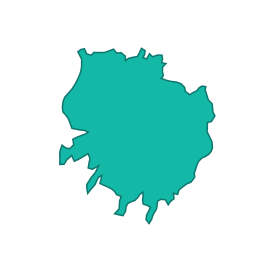 Boa Esperança do Iguaçu, Paraná, Brazil (Albers equal-area conic projection), rotated 302°
{"feature_id": "56859067B49303915936139", "entity_name": "Boa Esperança do Iguaçu", "entity_type": "district", "adm_level": 2, "iso_a3": "BRA", "parent_name": "Brazil", "parent_adm1": "Paraná", "projection": "albers", "projection_center": [-53.234, -25.634], "detail": "fine", "context": "isolated", "style": "filled", "palette": "teal", "viewbox_px": 256, "rotation_deg": 302, "n_neighbors": 0, "source": "geoboundaries", "source_scale": "gbopen_adm2", "svg_char_len": 1993}
<svg xmlns="http://www.w3.org/2000/svg" viewBox="0 0 256 256"><g transform="rotate(302 128 128)"><path d="M192.5,154.4L193.6,149.6L192.6,144.7L190.1,139.3L188.7,135.1L187.8,129.8L191.0,130.3L194.1,127.3L198.1,125.0L202.7,126.0L201.2,121.9L204.5,120.9L207.8,118.2L205.4,114.3L201.4,111.0L202.4,107.0L196.4,107.1L195.6,103.5L199.1,103.1L202.7,101.5L202.7,97.2L198.1,97.8L193.6,98.1L190.5,94.6L187.1,91.4L183.7,90.1L187.5,87.7L188.2,82.2L185.5,78.7L187.2,73.9L182.7,70.6L179.5,68.0L176.7,63.6L174.0,59.0L170.4,58.5L168.9,53.7L172.1,49.1L169.8,46.6L166.1,45.1L161.8,52.2L156.2,55.7L152.3,57.5L148.0,58.7L142.5,59.5L138.1,59.9L131.6,59.9L120.7,58.1L116.4,58.8L111.1,61.2L107.1,64.3L106.0,68.4L104.3,72.4L101.8,75.8L98.0,80.6L100.8,88.1L102.9,92.5L103.3,96.5L100.0,94.8L93.6,89.9L89.2,87.2L85.1,90.8L79.6,89.7L78.1,85.7L78.5,81.2L72.8,82.4L69.2,84.2L66.5,86.2L60.9,89.5L63.4,93.0L68.7,93.0L74.8,94.8L71.4,100.1L75.2,102.6L79.6,104.9L85.1,107.8L82.0,111.9L78.7,113.1L73.0,115.4L74.2,119.7L80.4,123.0L73.5,123.9L66.3,123.0L58.1,123.0L55.1,125.0L51.2,128.5L57.3,129.2L62.7,130.0L70.0,129.0L74.0,130.8L70.2,132.3L66.1,133.6L67.7,145.9L67.1,150.3L65.4,153.6L66.4,158.4L61.8,159.5L54.8,163.3L48.2,162.1L49.3,165.6L51.0,170.2L56.4,170.0L59.9,168.1L63.8,167.8L67.7,170.2L70.2,172.2L74.2,173.1L78.3,173.3L81.3,174.6L78.0,177.0L74.5,178.6L71.5,181.2L72.6,185.5L72.6,189.1L68.6,189.5L63.7,190.0L59.8,191.9L58.2,196.5L63.3,196.4L67.1,195.3L74.7,195.0L81.6,191.9L84.8,193.5L87.0,197.8L84.2,202.8L88.2,202.9L92.4,204.5L96.8,201.2L97.9,205.3L102.7,204.0L107.9,205.9L111.7,207.4L115.4,210.1L118.4,210.4L121.7,210.6L124.7,208.2L128.5,207.3L134.0,205.9L137.6,205.6L142.4,206.9L144.9,208.8L148.4,210.4L152.4,210.9L156.0,210.1L160.8,206.5L166.8,197.0L174.8,192.5L177.7,195.3L184.3,195.3L186.6,191.5L190.4,188.7L193.1,186.5L194.4,181.2L198.2,176.8L201.2,173.3L204.3,172.0L202.8,168.6L199.4,166.9L196.2,166.7L192.6,164.5L188.9,162.6L189.5,157.2L192.5,154.4Z" fill="#14b8a6" stroke="#0f766e" stroke-width="1.5"/></g></svg>